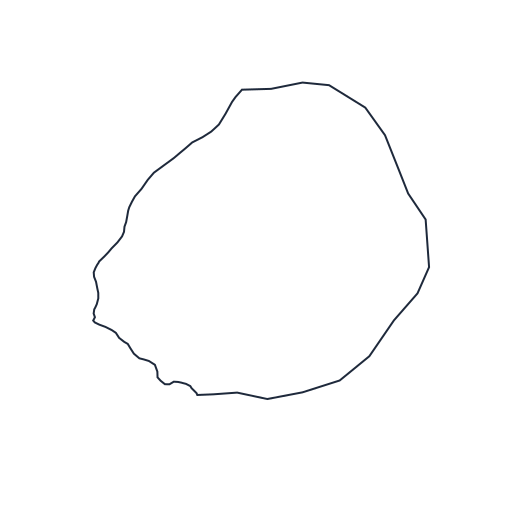 Mota, Vanuatu (Equal Earth projection), rotated 239°
{"feature_id": "77236927B83033077011178", "entity_name": "Mota", "entity_type": "district", "adm_level": 2, "iso_a3": "VUT", "parent_name": "Vanuatu", "parent_adm1": "", "projection": "equal_earth", "projection_center": [167.698, -13.846], "detail": "fine", "context": "isolated", "style": "outline", "palette": "slate", "viewbox_px": 512, "rotation_deg": 239, "n_neighbors": 0, "source": "geoboundaries", "source_scale": "gbopen_adm2", "svg_char_len": 1256}
<svg xmlns="http://www.w3.org/2000/svg" viewBox="0 0 512 512"><g transform="rotate(239 256 256)"><path d="M148.6,169.5L127.6,192.0L115.2,225.6L106.2,263.6L111.7,301.5L129.8,341.1L140.8,375.2L157.3,398.6L199.9,420.2L231.2,418.6L255.8,422.7L293.1,428.8L326.9,426.1L364.8,406.6L380.7,385.2L391.5,355.0L405.8,329.6L405.4,328.5L402.8,320.3L400.4,314.8L393.6,303.1L387.8,291.9L385.7,281.7L385.4,271.5L386.2,259.8L384.6,250.8L383.6,244.2L382.3,236.2L381.1,223.2L380.0,211.4L377.1,202.6L372.5,192.4L369.5,183.0L366.4,177.6L363.1,172.5L360.7,169.8L356.3,166.0L351.9,162.1L348.9,158.4L344.7,155.3L341.8,151.3L339.0,144.2L336.9,136.1L335.2,131.2L333.8,126.1L332.7,121.4L332.1,118.7L331.2,117.4L330.3,115.4L328.4,112.2L325.6,108.5L321.6,106.5L316.3,105.6L310.0,103.3L305.6,101.8L300.9,99.0L296.7,94.7L294.5,91.5L293.6,89.9L290.3,87.2L286.5,86.4L284.5,83.2L282.1,83.6L277.9,86.3L272.8,90.4L266.8,94.2L262.3,96.3L256.3,96.5L250.3,98.8L246.7,100.8L241.6,100.8L235.2,101.0L228.4,103.3L225.2,106.5L221.2,110.1L214.8,113.3L207.7,111.9L202.7,109.1L198.2,110.0L193.0,111.9L190.6,115.8L190.6,120.8L188.2,124.3L185.8,126.9L184.9,127.7L182.5,130.1L178.3,132.7L175.9,132.7L169.1,134.4L167.1,134.1L159.4,148.2L148.6,169.5Z" fill="none" stroke="#1e293b" stroke-width="2"/></g></svg>